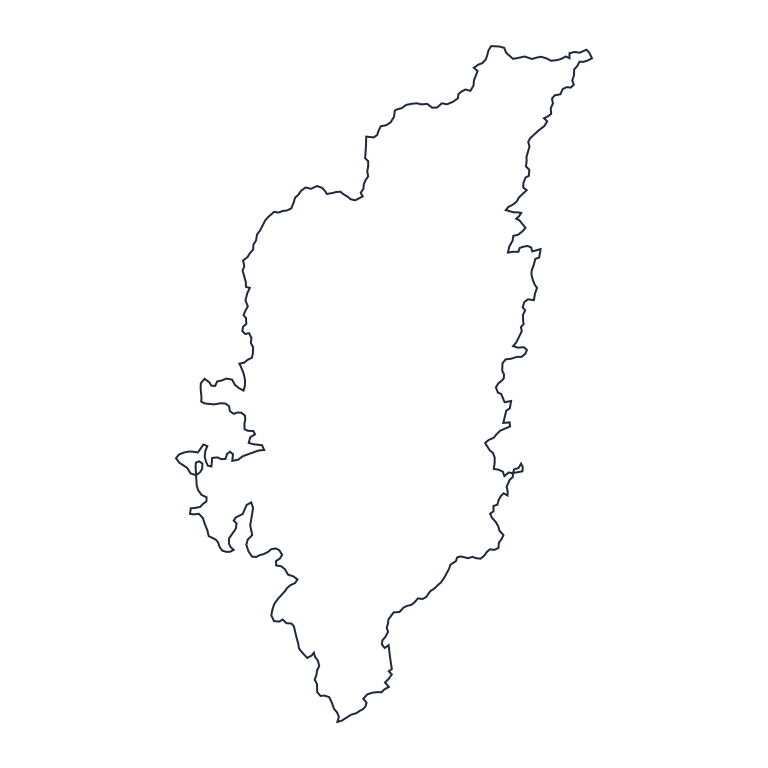 the district of Bom Jardim da Serra, Santa Catarina, Brazil
{"feature_id": "56859067B26103840950670", "entity_name": "Bom Jardim da Serra", "entity_type": "district", "adm_level": 2, "iso_a3": "BRA", "parent_name": "Brazil", "parent_adm1": "Santa Catarina", "projection": "albers", "projection_center": [-49.659, -28.371], "detail": "fine", "context": "isolated", "style": "outline", "palette": "slate", "viewbox_px": 768, "rotation_deg": 0, "n_neighbors": 0, "source": "geoboundaries", "source_scale": "gbopen_adm2", "svg_char_len": 6079}
<svg xmlns="http://www.w3.org/2000/svg" viewBox="0 0 768 768"><path d="M513.0,473.1L508.6,472.5L504.4,476.1L502.8,471.6L498.2,469.6L493.8,468.9L494.6,463.2L494.7,457.5L492.9,452.9L489.8,450.4L485.1,443.0L488.6,440.0L493.8,437.7L496.4,434.4L500.3,430.6L510.1,426.4L509.6,422.4L503.3,422.9L506.3,410.6L509.8,408.4L511.1,401.0L504.6,402.2L501.2,394.0L497.9,392.6L495.9,387.3L498.3,383.4L501.2,381.1L503.8,378.4L504.0,374.3L502.2,370.7L502.5,363.2L505.6,359.4L510.8,358.8L517.0,356.9L521.5,356.9L525.4,353.7L526.9,349.9L523.8,347.2L518.1,347.7L513.1,346.1L516.3,342.4L521.8,331.1L520.9,327.1L523.6,324.2L523.1,320.1L522.9,315.0L525.1,310.3L522.7,307.4L524.2,302.2L528.0,299.3L533.9,300.1L534.9,293.9L537.0,287.9L534.7,284.6L532.6,279.3L531.4,274.3L531.8,270.0L533.8,264.8L535.3,258.9L539.1,257.6L540.6,249.1L532.3,251.4L531.2,247.5L527.7,246.0L523.7,246.6L519.6,248.0L518.4,251.8L512.6,251.8L507.9,252.6L509.4,246.3L512.6,240.7L513.3,235.9L518.2,234.7L522.4,231.4L525.5,227.8L519.3,220.2L516.2,218.7L519.1,216.2L521.2,212.9L517.3,212.3L513.7,212.3L505.8,210.1L508.1,207.1L511.3,205.5L514.2,203.7L516.8,201.4L519.0,197.4L526.7,190.2L523.2,187.5L523.4,182.9L525.6,177.5L528.9,175.8L529.3,169.8L525.9,166.4L526.6,161.6L526.5,156.9L529.5,146.5L528.2,141.9L530.1,138.3L538.9,130.2L544.4,126.0L547.2,121.3L544.0,118.3L547.7,116.5L551.2,113.8L550.7,108.2L552.9,103.6L552.0,98.6L554.8,95.3L560.4,94.3L562.6,89.2L566.7,87.1L570.7,87.6L573.8,84.7L572.3,80.5L574.0,75.1L574.2,69.3L577.3,66.0L579.4,61.8L583.4,61.8L587.0,60.8L592.0,58.3L589.2,52.6L586.4,49.7L579.7,52.7L574.4,52.0L569.5,53.2L569.5,58.2L565.8,56.5L561.2,58.9L557.2,60.1L551.1,60.7L546.5,58.4L541.3,56.8L536.6,57.6L532.1,59.0L524.6,56.5L517.0,58.2L512.9,58.8L506.1,52.7L504.2,47.8L499.2,46.5L491.2,46.1L488.4,50.6L487.2,55.4L485.7,59.6L482.4,63.1L478.4,64.6L473.8,67.7L477.6,71.1L474.0,80.1L473.5,85.6L470.4,90.8L465.5,89.5L461.1,91.8L458.4,94.1L457.9,98.3L452.8,101.9L446.9,104.3L441.8,103.3L437.2,107.5L432.2,107.7L427.2,103.9L421.6,104.4L416.9,103.3L412.1,103.7L406.2,104.9L401.6,108.3L397.8,109.1L394.8,110.6L394.0,116.8L390.6,122.4L386.0,125.3L380.8,126.2L378.3,131.4L377.2,135.0L373.7,137.4L366.2,136.6L366.0,146.1L365.1,158.2L368.2,161.2L368.2,166.3L367.2,171.4L368.2,176.3L365.7,179.9L363.8,184.3L363.4,188.8L360.7,192.8L362.7,196.4L355.2,200.3L350.6,199.2L347.5,196.6L343.1,194.0L340.3,191.7L336.1,192.0L332.6,193.0L326.9,194.0L324.9,190.9L322.2,187.9L317.0,186.0L311.0,188.8L305.5,187.5L300.9,190.9L298.1,195.1L295.0,197.8L293.7,202.4L291.3,208.4L286.8,210.5L282.5,211.0L278.5,212.6L274.2,211.8L268.4,216.8L265.1,220.6L260.0,230.6L257.0,234.5L256.1,240.3L253.4,244.7L253.1,249.5L249.7,253.5L247.6,257.0L243.1,260.5L244.3,266.2L242.6,270.6L245.9,282.4L245.9,286.8L249.8,287.9L247.2,293.4L245.5,300.4L247.8,306.4L245.0,311.5L243.5,315.1L246.0,318.0L246.3,324.0L243.1,326.6L242.3,331.1L245.2,334.0L249.1,333.2L251.5,338.2L250.8,342.9L253.1,347.2L252.9,353.2L251.9,357.8L247.8,359.7L244.2,362.7L239.4,363.6L241.7,368.6L243.5,373.2L244.5,377.1L245.1,381.3L244.8,386.3L243.5,390.6L238.9,388.1L235.0,384.9L232.0,379.6L226.5,378.6L221.6,380.5L217.1,381.5L215.2,385.9L211.4,385.7L209.3,382.3L204.6,378.8L200.8,383.2L200.6,388.2L201.5,397.8L201.2,401.6L204.7,403.4L213.7,404.4L221.3,403.2L225.5,403.6L229.1,406.2L229.9,411.1L233.6,413.8L237.8,412.5L241.3,412.7L244.9,415.5L245.3,419.4L244.4,423.7L244.6,429.3L247.9,430.8L253.4,431.0L255.0,434.4L250.3,437.1L248.7,442.9L253.7,444.3L262.0,445.2L264.2,450.0L259.1,450.4L254.5,451.9L242.6,456.3L238.0,459.8L232.3,460.8L233.0,454.2L230.0,451.7L227.2,453.8L225.4,459.0L221.0,459.1L217.6,457.4L212.2,457.9L211.4,466.5L207.8,465.7L205.9,461.3L204.7,456.5L205.3,451.1L207.3,446.1L203.4,444.5L197.9,452.5L193.0,451.7L189.2,451.5L184.0,452.5L179.0,454.5L176.0,458.2L179.4,462.8L187.1,467.8L190.6,473.4L196.1,475.2L196.7,485.5L198.2,490.2L201.5,494.9L206.6,497.3L206.4,501.4L202.9,504.0L200.1,506.9L195.2,507.9L190.8,508.3L190.0,513.9L193.4,514.4L198.9,513.8L202.9,518.1L204.8,524.1L207.4,530.4L208.7,536.1L215.6,539.5L218.0,542.3L219.6,547.0L222.2,550.6L226.1,551.8L229.7,551.9L233.7,549.9L230.6,547.1L228.9,543.5L229.1,538.3L235.8,528.7L236.6,523.5L233.7,520.5L235.7,517.5L242.7,514.0L246.6,505.0L251.2,502.4L253.1,508.0L250.2,525.3L252.2,535.1L247.8,539.5L246.3,544.7L248.5,551.4L252.0,556.6L256.2,557.0L259.3,555.3L263.6,554.1L267.9,552.0L271.4,549.1L276.0,548.5L279.3,550.3L282.2,554.9L279.7,558.7L276.0,561.0L276.2,565.5L281.1,566.2L284.8,569.1L288.1,574.7L293.0,576.2L297.4,579.3L295.2,583.0L290.5,585.1L286.9,588.2L284.8,591.3L277.5,599.4L274.2,604.1L272.4,609.7L271.3,615.4L274.0,621.1L279.2,621.6L282.7,619.5L286.4,623.2L291.4,623.5L293.9,626.3L296.1,635.9L298.2,643.6L298.9,648.2L301.5,651.8L307.2,657.9L311.7,655.5L313.9,652.7L315.0,656.7L318.0,660.9L319.2,666.1L317.0,670.5L316.5,674.8L314.7,679.6L317.0,684.2L317.2,692.1L320.5,695.9L324.5,695.6L329.1,697.1L332.1,703.2L334.0,708.8L337.0,712.3L338.9,716.9L337.4,721.9L341.9,720.6L350.9,714.8L356.5,713.1L359.6,710.9L362.8,709.3L365.5,706.4L366.6,702.7L363.3,698.7L367.3,694.4L372.3,692.7L377.4,692.1L381.4,692.3L384.4,689.4L388.9,686.9L385.0,682.5L388.7,678.8L391.8,674.4L388.8,671.3L391.8,669.0L390.0,657.1L388.6,645.1L384.7,648.0L381.9,644.4L382.4,640.3L385.4,636.9L388.0,631.9L386.7,627.6L388.0,623.7L388.4,619.5L393.6,612.4L399.5,612.0L403.5,607.6L407.0,605.9L411.2,604.9L414.7,602.2L417.8,598.4L422.6,599.0L426.2,597.0L430.1,591.3L434.5,588.4L437.8,585.1L440.8,582.6L443.8,578.4L449.1,568.8L450.4,564.7L455.9,561.1L457.2,557.4L460.4,556.4L468.3,558.2L472.3,556.8L476.2,558.2L480.5,558.7L484.2,555.7L487.0,551.8L489.9,549.3L494.3,549.9L498.5,547.9L498.9,542.7L501.5,539.1L503.5,535.1L499.4,530.6L498.3,526.4L495.6,521.8L491.9,517.7L490.1,513.7L493.6,511.2L493.4,506.0L497.4,504.7L498.6,500.2L500.7,496.2L503.6,493.3L507.5,495.5L507.7,491.4L506.6,486.7L509.7,479.8L512.8,477.1L513.0,473.1ZM196.1,475.2L195.6,466.7L195.9,462.6L199.2,461.3L202.4,463.5L202.2,468.8L200.0,472.3L196.1,475.2ZM513.0,473.1L522.4,471.3L522.8,467.3L521.1,463.6L518.5,468.0L514.0,469.4L513.0,473.1Z" fill="none" stroke="#1e293b" stroke-width="2"/></svg>